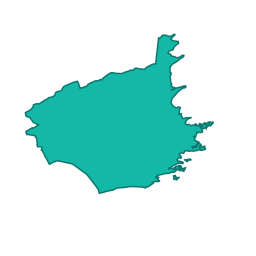 Kandieng, Pouthisat, Cambodia, rotated 58°
{"feature_id": "14789045B76302811248791", "entity_name": "Kandieng", "entity_type": "district", "adm_level": 2, "iso_a3": "KHM", "parent_name": "Cambodia", "parent_adm1": "Pouthisat", "projection": "robinson", "projection_center": [104.048, 12.697], "detail": "fine", "context": "isolated", "style": "filled", "palette": "teal", "viewbox_px": 256, "rotation_deg": 58, "n_neighbors": 0, "source": "geoboundaries", "source_scale": "gbopen_adm2", "svg_char_len": 5771}
<svg xmlns="http://www.w3.org/2000/svg" viewBox="0 0 256 256"><g transform="rotate(58 128 128)"><path d="M58.3,196.0L59.6,197.1L60.2,198.3L60.8,200.3L60.9,202.2L60.6,206.8L62.8,207.9L64.2,208.0L65.1,207.5L66.5,206.1L67.9,205.6L73.1,205.3L78.0,202.2L77.9,208.8L77.2,208.8L77.1,209.3L76.9,216.3L77.6,216.8L80.0,217.3L80.4,216.4L83.8,212.5L85.4,211.0L86.1,210.7L86.7,211.3L88.0,211.0L89.0,211.2L92.2,212.8L93.2,213.1L93.8,213.9L96.1,214.6L97.0,212.6L98.1,211.6L99.2,211.3L99.8,212.2L100.4,212.5L100.4,212.9L101.1,213.2L101.7,212.7L106.0,213.0L109.1,213.6L109.8,213.3L117.1,213.9L117.4,209.5L117.6,208.2L117.9,208.0L117.8,207.2L118.1,206.0L118.9,204.6L128.6,194.6L130.1,193.7L145.6,187.5L161.3,185.9L165.0,185.8L167.8,187.0L168.3,186.6L171.5,176.4L172.3,174.8L172.9,172.1L173.0,169.2L176.4,162.7L178.6,157.6L180.8,154.0L186.0,146.7L188.0,145.2L187.5,143.0L188.2,142.8L188.5,142.0L188.2,136.2L187.5,136.5L187.4,135.2L188.0,132.6L189.2,131.2L189.7,129.9L189.5,129.3L188.2,129.9L186.7,129.2L186.0,130.0L185.1,130.3L185.2,129.8L184.8,129.5L185.4,128.5L184.8,128.7L184.3,130.4L184.0,130.9L184.2,127.2L186.4,120.5L188.0,117.5L188.7,114.5L190.0,112.1L189.6,109.4L189.4,109.2L187.8,109.2L187.4,108.8L187.8,108.7L188.8,109.0L189.6,107.9L189.8,106.7L190.2,106.3L190.9,107.1L191.4,107.0L192.5,104.9L192.5,103.7L193.0,101.4L192.2,100.3L192.0,100.6L192.1,101.8L190.5,104.2L190.4,104.9L190.1,105.1L190.2,104.1L189.3,103.5L188.9,104.6L189.9,105.9L188.5,105.4L187.9,105.7L187.5,105.4L186.6,106.4L185.9,108.1L186.2,108.9L186.5,108.5L186.7,108.8L186.2,109.7L186.7,110.1L186.4,110.4L186.9,110.9L187.6,110.1L187.7,110.7L186.3,111.9L184.9,112.2L184.6,112.7L184.6,114.0L184.3,114.3L184.2,115.1L183.6,114.6L184.2,113.2L183.8,109.3L184.5,104.2L185.0,102.8L187.1,100.7L187.1,100.0L186.5,99.5L185.7,99.8L183.5,101.9L183.3,102.6L181.1,103.5L180.4,102.3L180.3,101.0L180.6,100.0L181.7,98.9L181.5,98.5L180.8,98.7L180.0,98.1L179.4,98.1L178.8,99.1L177.0,97.7L177.5,95.6L178.8,94.3L178.9,93.8L178.1,93.2L177.7,92.3L178.2,90.8L178.1,90.2L179.8,89.0L180.4,87.5L182.5,84.3L184.0,80.4L183.5,78.1L182.5,77.8L182.0,77.4L180.3,75.0L179.9,75.4L179.1,75.4L178.6,75.8L178.6,77.3L180.2,79.1L180.3,80.3L179.5,83.5L179.3,83.2L179.7,81.2L179.5,79.8L178.8,81.7L178.6,83.3L178.3,83.6L178.4,81.8L179.1,79.7L179.0,78.9L177.6,77.0L177.7,75.7L177.6,75.4L174.0,77.8L173.4,77.8L172.8,77.4L171.6,75.8L169.6,77.3L170.6,76.1L170.8,74.5L170.1,74.1L169.5,73.0L168.3,71.9L168.7,71.8L169.6,69.5L170.6,68.6L170.8,66.9L170.1,66.4L168.2,66.4L167.0,65.9L164.4,66.3L162.9,67.6L161.1,68.1L160.4,68.6L161.8,69.3L160.3,70.1L159.6,73.1L157.2,74.3L156.8,76.1L154.8,77.2L154.0,76.2L153.3,76.2L152.2,73.1L152.2,71.4L152.7,69.6L152.5,69.2L150.1,73.3L149.2,76.6L144.6,75.9L143.9,76.4L143.8,75.7L143.5,76.3L143.7,77.5L143.2,77.4L140.8,75.4L138.4,72.8L137.1,73.8L136.8,74.2L136.6,76.3L135.4,77.3L132.4,78.2L129.3,78.1L126.7,75.5L125.9,73.7L123.9,66.6L123.3,62.7L123.4,61.4L123.2,60.7L122.4,59.9L121.8,59.7L121.5,60.0L121.6,60.9L120.8,62.4L119.9,65.3L119.2,70.6L118.8,70.9L119.1,66.8L118.8,66.8L116.4,68.9L114.8,69.2L114.4,68.0L113.9,67.7L111.5,67.4L108.8,65.9L107.2,65.5L104.5,62.2L103.4,62.9L102.9,62.7L101.1,61.8L98.6,59.8L97.4,56.6L97.5,51.0L96.9,46.6L97.1,44.1L96.7,42.7L96.2,42.2L95.9,42.1L95.3,43.2L95.1,47.2L94.6,49.2L91.8,51.0L90.7,52.7L88.0,52.9L85.7,54.4L84.5,52.2L84.8,50.8L85.4,49.2L85.1,48.5L85.4,48.0L84.1,46.8L83.4,44.2L82.9,40.2L81.2,39.6L78.0,43.5L75.7,44.6L75.2,43.9L75.0,44.2L74.7,43.8L74.1,39.4L73.6,38.7L72.8,39.6L73.2,42.1L72.3,44.1L71.0,45.8L69.6,46.4L67.9,48.8L67.6,50.1L68.5,51.9L68.9,54.0L68.6,54.3L67.3,53.9L87.4,69.9L88.2,70.2L87.9,71.3L87.3,72.2L86.6,75.3L86.9,76.4L86.4,77.8L86.4,80.4L87.0,82.8L83.5,87.5L81.8,89.0L81.1,90.6L81.6,92.6L81.5,93.5L80.3,94.9L80.1,97.6L79.2,100.3L78.5,104.5L75.9,108.4L72.4,112.4L72.0,114.4L72.1,119.0L72.7,123.5L73.3,124.9L72.3,125.7L72.1,128.3L70.7,130.9L69.9,136.5L69.8,138.9L70.5,139.8L70.5,141.8L69.8,143.7L69.9,145.6L68.6,147.0L68.7,147.5L62.7,146.1L61.5,146.2L60.4,149.8L58.8,160.1L59.2,161.5L60.7,164.1L61.0,165.3L59.9,168.0L59.6,169.6L59.8,171.0L61.4,172.6L61.6,173.9L61.0,177.8L60.5,178.4L60.2,179.5L60.7,181.2L60.2,183.8L60.5,187.3L60.3,188.1L60.5,190.4L58.8,193.1L58.3,196.0ZM168.8,61.5L168.4,60.6L168.8,60.6L169.1,60.2L168.6,59.3L168.8,59.0L168.7,58.4L168.1,57.0L169.4,57.5L169.9,56.8L169.4,55.1L168.1,54.1L166.6,54.8L166.3,55.6L166.2,56.1L167.6,56.8L166.5,57.0L166.6,58.3L165.0,59.5L164.8,60.0L166.7,60.1L167.3,60.6L167.0,60.8L165.9,60.5L165.4,60.8L165.3,60.5L164.2,60.4L164.3,61.2L164.6,61.3L164.4,63.3L164.6,63.7L166.3,64.0L167.2,64.9L168.0,65.2L168.7,64.1L168.8,61.5ZM185.9,74.1L184.3,72.6L183.8,73.0L184.0,73.5L183.4,75.2L181.5,75.2L181.4,75.5L181.6,76.1L183.1,77.4L185.1,78.5L186.2,77.0L187.0,73.7L186.7,73.3L186.2,73.3L185.9,74.1ZM197.3,113.3L197.2,111.1L196.8,111.0L196.1,112.8L195.9,113.1L194.9,113.2L194.6,114.0L193.9,114.3L194.1,113.4L193.4,113.1L192.8,114.1L192.9,114.9L193.4,115.0L193.7,114.6L195.2,116.2L195.6,116.2L196.7,114.9L197.2,114.8L197.7,114.2L197.7,113.7L197.3,113.3ZM166.0,64.6L164.1,63.8L163.6,64.2L162.9,64.0L162.1,65.1L163.1,65.9L163.6,66.0L166.0,65.3L166.2,64.9L166.0,64.6ZM186.0,95.6L187.3,96.2L187.8,95.7L187.5,93.3L188.4,91.7L188.2,91.4L187.5,91.7L186.8,92.5L186.0,95.6ZM123.8,59.4L124.0,58.5L123.9,57.3L123.4,56.8L122.7,56.9L121.9,58.8L122.8,59.4L123.8,59.4ZM187.5,105.4L188.5,104.7L188.9,103.5L188.7,103.3L187.5,103.5L187.1,104.2L186.7,105.0L187.5,105.4ZM192.6,103.2L193.8,104.2L194.0,104.0L194.0,102.7L193.7,102.6L192.6,103.2ZM169.2,53.9L168.3,52.7L167.8,53.2L167.8,53.7L169.1,54.4L169.2,53.9ZM186.0,95.6L185.7,95.6L185.1,96.7L185.5,96.7L185.9,96.2L186.0,95.6ZM166.5,57.0L166.6,56.6L165.7,56.5L165.5,57.0L165.7,57.3L166.5,57.0ZM168.8,61.5L169.3,61.8L169.7,61.9L169.1,61.2L168.8,61.5Z" fill="#14b8a6" stroke="#0f766e" stroke-width="1.5"/></g></svg>